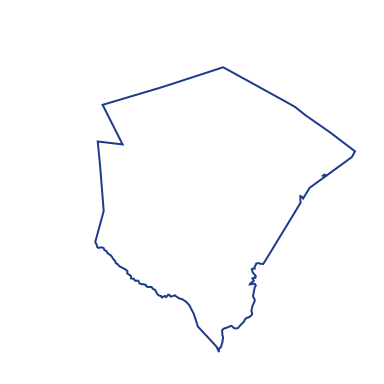 Santa Magdalena Jicotlán, Oaxaca, Mexico (Robinson projection), rotated 120°
{"feature_id": "50627088B89026110840758", "entity_name": "Santa Magdalena Jicotlán", "entity_type": "district", "adm_level": 2, "iso_a3": "MEX", "parent_name": "Mexico", "parent_adm1": "Oaxaca", "projection": "robinson", "projection_center": [-97.463, 17.804], "detail": "fine", "context": "isolated", "style": "outline", "palette": "blue", "viewbox_px": 384, "rotation_deg": 120, "n_neighbors": 0, "source": "geoboundaries", "source_scale": "gbopen_adm2", "svg_char_len": 2160}
<svg xmlns="http://www.w3.org/2000/svg" viewBox="0 0 384 384"><g transform="rotate(120 192 192)"><path d="M81.8,71.0L75.3,71.2L71.4,101.6L68.8,132.1L66.8,145.3L66.9,154.8L68.4,227.4L116.2,270.4L161.2,313.0L185.5,275.9L195.4,298.9L214.4,285.3L249.2,261.3L252.8,258.9L283.6,250.8L286.5,246.7L287.2,246.4L287.2,245.1L285.2,242.7L284.7,240.6L286.0,239.0L286.0,236.7L287.1,234.8L287.3,233.2L287.6,230.2L289.6,226.2L290.3,223.9L291.8,222.1L291.6,220.4L292.6,218.0L292.5,215.8L292.3,210.6L292.9,208.3L294.9,207.4L295.3,202.8L297.3,201.5L296.2,198.9L297.1,197.7L297.1,196.5L295.7,194.3L297.4,191.6L297.0,189.2L296.2,188.2L295.5,185.6L296.3,185.1L296.5,183.2L294.5,179.5L295.5,177.2L295.2,174.9L297.3,171.9L298.2,169.4L297.6,166.6L298.4,165.3L295.5,163.4L295.9,161.9L293.7,161.4L292.8,161.2L292.5,159.8L293.1,158.9L293.1,157.9L292.4,157.3L290.7,155.7L290.0,155.0L290.3,154.2L290.5,149.5L289.7,147.1L290.0,142.7L290.0,142.1L290.5,140.5L291.4,137.6L292.2,136.5L293.5,134.5L296.6,129.6L296.8,129.3L298.9,127.0L301.1,124.5L304.3,121.0L305.6,119.7L305.9,118.6L306.3,117.2L307.2,114.4L307.7,112.7L307.8,112.5L308.0,111.8L308.4,110.7L309.3,107.5L313.1,95.3L313.8,93.3L315.6,90.7L317.2,88.5L316.0,89.7L313.6,90.2L313.2,90.1L312.6,89.4L311.1,89.6L306.6,90.6L304.2,91.8L303.5,91.8L301.4,93.2L300.7,94.3L298.4,95.5L297.4,96.5L295.9,96.7L294.2,96.0L293.4,95.3L292.4,94.2L288.5,91.4L288.2,90.4L288.8,88.2L288.7,86.7L288.3,85.9L287.0,84.2L282.4,83.3L278.9,82.3L276.7,82.3L275.2,82.4L274.5,81.9L273.1,81.4L272.7,80.6L270.5,79.3L268.5,78.9L267.4,78.9L266.2,80.1L265.3,81.1L260.4,82.7L256.3,83.1L255.0,83.2L253.5,84.3L252.2,86.7L250.9,87.4L243.5,89.9L242.3,90.1L241.3,89.9L240.4,90.9L240.2,91.8L241.0,93.2L243.1,95.7L242.3,95.8L238.0,94.1L236.6,96.5L235.1,95.1L234.7,94.3L234.0,95.0L233.0,94.6L231.1,99.5L228.8,101.6L227.9,100.8L227.0,99.4L226.2,99.9L225.7,100.4L223.6,100.3L221.8,100.6L220.3,98.9L220.1,97.2L219.4,95.9L218.8,94.3L212.6,94.1L204.8,93.9L195.9,93.7L187.1,93.5L175.1,93.2L162.3,92.9L147.2,92.6L141.4,96.1L141.2,94.4L142.0,92.5L129.6,92.2L124.8,90.1L111.6,84.2L112.3,86.7L110.7,86.0L110.3,83.6L94.8,76.8L81.8,71.0Z" fill="none" stroke="#1e3a8a" stroke-width="2"/></g></svg>